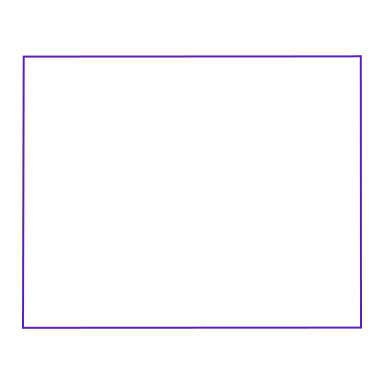 Arthur, Nebraska, United States of America (orthographic projection)
{"feature_id": "52423323B23601156295549", "entity_name": "Arthur", "entity_type": "district", "adm_level": 2, "iso_a3": "USA", "parent_name": "United States of America", "parent_adm1": "Nebraska", "projection": "orthographic", "projection_center": [-101.603, 41.569], "detail": "fine", "context": "isolated", "style": "outline", "palette": "violet", "viewbox_px": 384, "rotation_deg": 0, "n_neighbors": 0, "source": "geoboundaries", "source_scale": "gbopen_adm2", "svg_char_len": 193}
<svg xmlns="http://www.w3.org/2000/svg" viewBox="0 0 384 384"><path d="M360.8,56.2L349.5,56.4L23.7,56.6L23.0,327.8L361.0,327.6L360.8,56.2Z" fill="none" stroke="#5b21b6" stroke-width="2"/></svg>